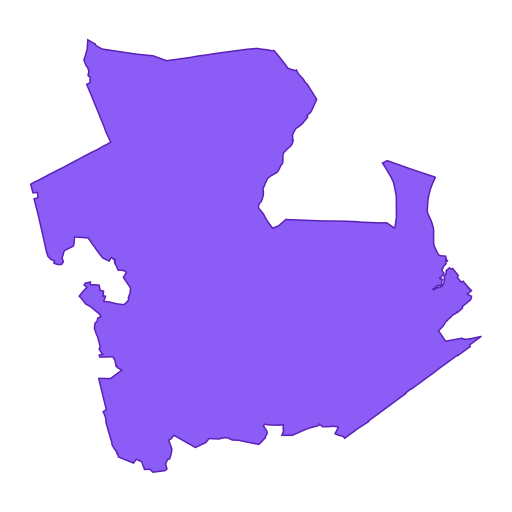 the district of Naudītes pag., Dobele, Latvia
{"feature_id": "27541924B70535382823435", "entity_name": "Naudītes pag.", "entity_type": "district", "adm_level": 2, "iso_a3": "LVA", "parent_name": "Latvia", "parent_adm1": "Dobele", "projection": "mercator", "projection_center": [23.169, 56.558], "detail": "fine", "context": "isolated", "style": "filled", "palette": "violet", "viewbox_px": 512, "rotation_deg": 0, "n_neighbors": 0, "source": "geoboundaries", "source_scale": "gbopen_adm2", "svg_char_len": 5945}
<svg xmlns="http://www.w3.org/2000/svg" viewBox="0 0 512 512"><path d="M103.2,411.6L105.2,416.5L105.8,419.1L105.9,420.8L106.0,422.5L108.6,431.7L111.5,441.4L112.1,444.7L114.3,448.8L116.0,450.9L117.1,453.6L117.4,453.2L117.6,453.4L118.4,456.9L133.5,463.1L136.3,459.2L141.7,461.8L144.5,469.5L150.0,469.3L152.9,472.2L164.7,470.7L167.0,469.0L165.5,463.8L166.1,462.8L167.5,459.6L169.7,458.8L171.2,453.8L171.9,449.1L168.7,440.2L169.9,439.5L171.6,438.3L172.9,436.5L174.1,435.4L195.4,447.5L205.9,442.5L209.0,438.6L219.5,439.0L220.2,438.6L224.4,437.7L227.7,437.9L232.3,440.0L239.5,440.3L239.6,440.5L253.6,443.4L258.9,444.4L263.0,440.3L263.0,440.1L265.5,437.7L265.3,436.7L267.3,433.3L266.7,430.7L264.0,426.7L263.5,425.6L264.7,424.2L268.3,424.9L269.4,424.9L277.1,425.2L279.8,425.1L283.3,424.9L283.2,425.2L283.2,429.7L283.7,430.2L281.9,435.3L292.3,435.3L306.0,429.3L309.4,428.0L318.6,425.6L319.1,424.8L319.1,424.3L319.9,424.3L322.3,426.6L322.7,426.7L327.7,426.7L333.6,426.3L338.3,427.0L336.6,430.8L335.0,433.7L337.4,434.8L343.4,436.5L344.6,438.3L359.1,427.7L368.5,421.7L368.2,421.2L405.8,393.5L405.6,393.0L407.5,391.5L411.2,388.8L411.4,389.0L416.1,385.6L434.8,371.9L438.3,369.1L457.2,355.3L457.6,355.7L470.3,346.5L469.5,345.0L481.3,336.4L471.1,338.6L465.7,339.4L464.5,339.0L462.0,338.7L461.9,338.2L445.6,341.2L438.6,330.9L439.4,329.9L443.1,326.1L444.5,323.9L445.7,321.7L446.8,321.0L448.9,318.7L450.6,317.4L451.5,316.3L451.9,315.6L455.9,313.3L457.0,312.0L457.5,312.5L462.4,308.2L462.7,306.2L470.1,300.3L470.7,299.4L471.1,298.5L471.4,297.5L471.5,296.3L467.3,294.2L471.5,290.6L469.1,288.2L465.9,284.5L463.1,281.2L461.3,282.2L457.3,277.5L458.3,275.4L457.6,274.9L457.3,274.2L452.7,268.6L452.5,268.4L451.1,269.3L449.4,267.8L446.8,270.1L446.1,270.9L446.3,272.2L445.6,274.7L444.9,275.5L444.1,275.9L444.0,276.4L444.8,278.7L444.0,281.0L444.3,281.9L443.8,283.2L443.3,283.8L443.1,284.8L442.7,285.4L441.1,286.7L440.5,286.9L438.9,287.8L438.6,287.7L438.1,287.2L437.1,287.7L436.1,288.3L435.2,288.6L434.9,289.0L433.9,289.9L432.9,289.1L434.1,288.3L435.2,287.9L436.2,286.2L438.7,285.4L440.1,285.6L441.4,284.7L441.9,281.0L442.7,279.4L439.9,278.6L439.8,277.9L440.9,277.4L443.0,274.5L443.6,274.3L443.8,273.9L443.8,273.1L443.5,272.5L442.9,272.1L441.7,269.9L441.7,269.6L442.8,268.7L443.1,267.5L443.6,266.3L444.2,265.6L445.6,264.4L446.0,263.8L445.7,262.9L445.7,262.4L445.9,261.7L445.7,260.8L445.8,260.4L446.5,261.0L447.0,261.4L447.5,260.9L446.6,260.0L445.7,256.2L439.6,255.6L437.8,253.6L434.3,246.2L433.9,244.6L433.6,242.6L433.6,239.3L433.7,231.0L433.6,229.8L433.3,227.6L433.0,226.6L431.6,222.0L430.6,219.6L427.9,213.6L427.4,211.6L427.3,209.7L427.8,201.9L428.3,198.0L429.0,194.5L430.2,189.9L431.6,185.8L432.6,183.3L435.3,177.4L434.8,177.0L411.9,169.4L387.1,160.6L382.5,163.1L386.1,168.7L391.1,177.3L393.4,182.1L394.2,185.5L396.3,196.1L396.4,215.4L396.7,215.4L394.9,227.8L394.6,228.1L386.7,222.8L380.3,222.9L359.4,222.1L359.4,221.9L355.7,221.8L355.7,221.5L351.2,221.5L345.9,221.2L321.3,220.9L285.8,219.5L283.2,221.9L280.3,224.3L279.1,225.6L272.6,228.2L268.7,223.0L266.0,218.8L263.8,214.6L262.9,213.3L261.7,211.7L258.6,208.2L258.6,206.0L258.8,204.7L259.5,203.5L260.8,202.1L261.4,201.1L262.3,198.9L262.9,196.8L263.4,194.0L263.4,192.1L263.0,189.0L263.0,188.6L263.2,188.1L264.4,185.8L265.3,183.1L266.6,180.9L267.1,179.2L267.5,178.7L269.5,176.8L271.7,175.3L272.6,175.0L276.7,172.6L277.5,171.8L278.3,170.7L279.9,167.5L280.9,165.5L282.4,163.6L282.6,163.0L282.8,162.3L282.9,161.5L282.9,156.6L283.0,154.9L283.2,153.8L283.5,153.0L286.8,149.4L290.1,146.6L291.0,145.6L291.9,144.3L292.5,143.1L292.7,142.2L293.2,140.0L292.5,139.9L292.7,138.1L292.6,136.2L292.6,135.1L292.7,134.6L293.4,132.8L295.6,128.9L296.1,128.3L298.8,126.6L302.3,123.7L307.8,117.0L306.9,115.4L310.2,112.8L311.5,110.9L316.7,99.3L308.9,86.9L308.0,85.3L307.2,84.3L305.4,82.5L304.7,81.5L303.3,79.1L298.3,73.8L296.5,70.0L295.5,70.4L294.8,70.4L293.6,70.2L292.6,69.7L292.5,69.9L287.8,68.2L285.1,64.3L279.1,56.6L274.2,50.7L270.6,50.6L268.5,50.0L265.2,49.6L264.2,49.4L264.1,49.5L260.6,49.0L256.9,48.4L246.8,49.3L215.2,53.5L207.4,54.8L198.1,56.0L189.9,57.5L166.6,60.7L153.1,55.8L136.1,54.1L102.0,49.0L95.9,45.5L94.9,43.6L94.4,43.6L87.8,39.8L87.2,48.9L85.5,55.1L83.9,60.0L86.3,66.1L87.5,67.2L88.8,70.8L88.7,73.0L88.1,74.1L88.3,76.1L90.1,76.9L89.9,80.4L90.2,82.5L86.7,84.4L91.7,96.3L104.0,126.5L105.8,131.6L110.7,142.1L107.4,144.1L102.0,146.9L99.6,148.4L96.0,150.3L90.4,152.9L62.3,167.9L58.7,169.6L50.2,174.0L50.2,173.9L45.5,176.5L37.0,181.0L36.2,181.2L30.7,184.2L32.9,192.8L37.4,192.5L38.0,197.7L34.1,198.9L38.2,214.9L42.8,235.1L46.4,251.5L48.0,256.5L49.8,258.1L50.4,259.1L54.6,261.1L53.8,263.0L56.2,264.1L58.7,264.6L61.1,264.5L62.0,264.0L62.2,263.4L63.4,261.9L62.1,258.0L64.3,250.7L73.5,246.0L74.1,242.5L74.4,238.6L74.7,237.2L74.8,237.0L87.8,237.9L88.3,238.2L97.5,251.2L102.6,257.9L109.2,261.1L111.2,257.5L112.2,258.0L112.3,258.2L112.8,258.5L113.3,258.6L113.1,258.9L113.3,259.2L113.6,259.0L114.1,259.0L114.4,260.0L115.1,260.0L114.9,260.6L115.3,260.5L115.3,261.1L115.2,261.5L114.6,262.1L114.7,262.7L115.1,263.1L114.9,263.6L115.0,263.9L115.7,264.1L115.8,264.7L117.8,269.6L118.3,270.1L118.8,270.3L121.1,270.2L124.4,270.8L125.6,271.6L125.9,272.2L126.3,272.6L123.4,277.4L130.4,287.8L130.3,292.5L128.4,297.5L128.6,300.0L126.3,302.6L124.2,304.5L122.8,304.6L116.9,303.8L108.8,301.9L103.6,301.4L105.4,297.0L105.4,296.1L103.7,296.0L102.8,296.2L103.3,294.5L103.5,291.1L100.1,290.3L99.2,285.2L95.8,284.8L93.8,284.7L92.2,284.9L90.3,284.5L90.5,282.4L90.4,282.0L85.2,283.2L84.1,284.9L86.9,287.4L82.5,291.9L79.2,296.2L81.4,298.4L85.7,304.0L90.3,306.5L96.8,311.9L98.2,312.9L99.9,314.8L100.9,316.9L97.8,317.9L97.0,321.5L95.1,322.9L94.4,328.5L96.1,333.5L97.7,337.1L99.3,343.1L100.2,347.2L99.1,348.8L99.7,349.5L100.1,350.8L102.6,354.3L99.2,355.1L99.8,357.1L112.9,356.8L114.9,360.1L116.1,366.2L116.8,366.2L117.1,367.4L121.8,370.2L110.5,378.5L107.5,378.6L104.3,378.4L98.7,378.4L106.3,409.7L103.2,411.6Z" fill="#8b5cf6" stroke="#5b21b6" stroke-width="1.5"/></svg>